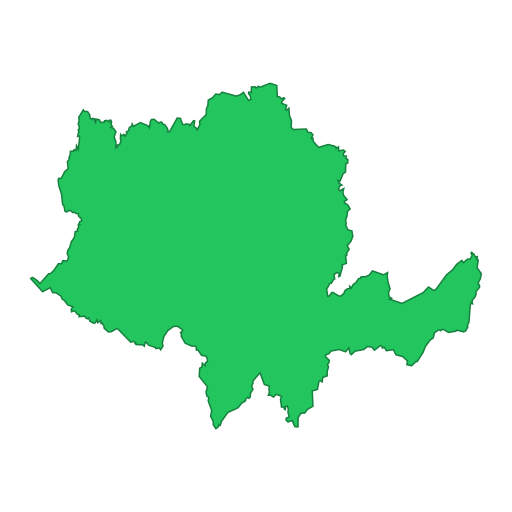 Santa María del Oro, Jalisco, Mexico
{"feature_id": "50627088B36716860134326", "entity_name": "Santa María del Oro", "entity_type": "district", "adm_level": 2, "iso_a3": "MEX", "parent_name": "Mexico", "parent_adm1": "Jalisco", "projection": "equal_earth", "projection_center": [-102.836, 19.525], "detail": "fine", "context": "isolated", "style": "filled", "palette": "green", "viewbox_px": 512, "rotation_deg": 0, "n_neighbors": 0, "source": "geoboundaries", "source_scale": "gbopen_adm2", "svg_char_len": 6004}
<svg xmlns="http://www.w3.org/2000/svg" viewBox="0 0 512 512"><path d="M475.8,291.8L479.5,287.4L479.6,285.7L478.1,283.0L480.3,278.9L481.3,273.6L477.1,267.8L478.2,260.3L477.5,259.0L476.6,259.4L477.3,256.6L475.4,257.1L474.2,254.5L471.6,252.3L471.0,253.0L472.1,255.5L470.0,259.3L467.7,259.0L463.4,262.6L461.8,260.4L456.6,264.4L452.7,269.7L446.4,275.0L436.2,289.1L433.9,290.6L428.5,287.0L423.2,292.6L402.0,303.4L389.6,299.2L391.5,298.2L389.4,297.1L388.6,294.3L388.7,291.7L390.1,289.0L388.0,282.0L387.2,276.7L387.6,272.6L383.5,274.8L372.4,270.9L369.5,274.8L365.7,276.7L361.1,276.8L360.4,278.3L358.6,278.6L355.5,283.1L353.4,284.2L351.3,287.9L349.7,286.4L350.0,288.6L347.4,288.8L344.8,290.8L343.9,293.4L340.7,296.0L339.0,296.1L333.0,292.5L331.8,292.5L329.3,296.0L327.8,296.3L326.6,289.2L329.9,283.4L331.5,283.1L333.7,279.3L334.7,279.0L334.0,274.4L337.4,272.4L339.1,273.4L338.8,276.6L339.9,276.2L342.5,266.8L342.0,265.0L346.4,263.3L345.6,255.4L346.7,255.4L347.0,252.4L349.2,249.3L347.2,245.9L351.0,241.1L352.8,236.5L351.9,230.9L348.0,229.9L345.6,225.0L346.2,223.8L345.6,219.6L347.0,216.2L347.5,211.4L350.1,208.9L347.8,205.0L344.4,202.6L344.5,201.2L347.1,199.7L343.5,195.2L342.9,191.9L343.8,188.6L339.5,190.8L338.5,189.3L339.8,185.8L341.9,185.1L339.2,183.2L338.0,180.5L339.9,181.4L343.1,173.7L345.5,172.1L345.8,163.7L347.7,163.0L347.9,159.6L345.8,158.2L346.4,156.1L343.8,156.0L343.2,153.7L345.2,151.5L343.5,150.0L338.7,150.9L338.5,146.9L336.2,148.5L336.1,147.1L334.4,146.1L328.1,144.5L318.6,147.4L313.4,141.6L312.9,138.2L311.3,138.6L312.9,134.8L311.1,132.7L308.0,132.3L306.3,129.0L293.1,129.5L291.1,127.2L291.5,120.8L289.4,115.2L288.9,108.2L286.4,110.3L285.5,109.1L286.7,105.3L281.6,103.3L281.8,101.7L284.7,98.5L283.8,97.7L281.9,98.9L279.6,96.9L277.3,96.6L276.8,85.5L270.0,83.3L260.3,87.2L258.3,86.3L256.1,88.0L255.0,86.8L251.5,86.9L251.2,92.7L248.9,92.0L248.5,93.6L250.2,95.8L251.0,99.3L248.6,100.5L243.4,92.3L240.2,94.8L236.2,96.1L222.1,92.2L219.4,94.6L215.8,94.0L212.6,97.7L208.3,100.0L207.8,105.8L206.4,108.8L206.2,114.6L199.5,121.3L199.9,124.7L197.1,129.9L196.0,127.8L193.8,126.3L194.7,120.9L193.6,120.6L189.9,125.5L189.2,124.3L186.1,123.9L184.3,124.8L182.5,124.2L180.5,118.4L177.2,118.0L169.6,131.7L167.5,131.7L168.0,130.0L166.7,127.3L164.7,124.6L162.6,124.0L162.1,122.4L160.3,122.0L158.7,123.2L154.2,119.3L151.4,119.5L150.5,120.9L149.4,127.8L147.9,125.7L140.3,122.6L133.3,126.4L132.2,124.0L131.7,126.0L129.3,127.6L128.4,130.8L126.3,132.0L126.9,133.2L125.1,136.3L123.9,134.4L121.3,135.7L120.6,134.6L120.4,139.3L121.1,140.0L119.9,144.1L117.4,145.1L117.7,146.6L115.9,147.9L115.9,141.7L114.1,136.9L116.0,131.7L113.3,128.2L110.9,127.5L112.3,126.4L110.9,124.4L111.6,122.8L111.0,120.3L109.4,120.2L109.4,121.8L106.6,120.4L104.7,120.7L104.5,122.0L100.6,122.5L99.3,119.8L96.3,119.1L95.6,122.3L94.6,120.2L95.2,119.1L92.6,118.4L91.9,119.5L90.0,117.7L89.8,115.0L87.7,111.7L84.4,111.3L83.3,109.9L78.8,117.2L79.1,120.7L78.2,124.3L79.3,126.6L79.2,128.7L78.2,129.8L78.8,131.4L77.6,136.4L79.1,136.1L79.6,137.6L78.3,149.4L76.5,145.6L76.0,150.4L74.5,149.7L73.6,150.1L73.7,151.3L70.4,151.3L70.1,155.2L68.9,157.8L69.4,159.0L67.4,161.6L68.2,168.7L64.7,171.6L61.3,178.3L58.6,178.4L58.1,180.0L58.8,185.7L61.5,193.9L62.6,204.4L64.0,206.1L65.0,211.3L66.5,212.0L69.9,210.1L72.9,212.7L74.4,212.1L76.0,213.5L78.4,213.7L78.4,215.8L81.5,219.0L81.6,220.8L79.7,221.7L78.9,223.9L79.8,224.6L78.3,224.9L78.6,227.3L77.4,229.1L77.7,231.1L75.2,231.6L74.4,237.3L71.3,241.8L69.6,247.6L67.9,250.1L67.2,253.3L68.5,257.1L67.5,260.3L66.7,261.1L62.9,260.6L61.5,263.8L58.4,263.7L53.8,270.5L50.4,273.7L48.7,273.7L39.9,283.7L38.1,281.3L33.6,278.0L32.2,277.5L30.7,278.6L42.6,291.7L50.1,287.7L52.7,292.7L56.1,292.8L61.1,296.3L62.1,299.0L64.4,300.5L67.7,304.9L72.9,306.8L71.2,309.3L71.5,311.8L73.8,310.8L75.5,311.7L77.3,314.2L79.3,314.7L79.0,316.7L84.9,316.2L85.9,318.1L87.6,318.8L88.7,318.0L89.9,321.2L93.8,323.3L95.1,323.0L97.0,319.9L97.8,322.7L100.6,320.6L101.1,323.5L102.0,323.0L104.0,326.1L104.2,328.3L108.3,331.9L111.0,331.8L117.3,328.4L130.8,342.2L133.5,341.3L135.9,343.0L135.1,343.4L136.1,344.6L142.7,344.8L144.3,346.2L145.0,342.6L145.9,342.2L149.0,345.3L155.5,347.5L155.9,348.6L159.4,348.0L160.6,349.8L163.0,346.0L162.3,343.1L163.9,336.5L167.7,330.7L173.3,326.6L175.3,326.3L177.5,326.3L182.4,329.7L182.5,330.8L180.5,332.8L181.7,333.8L181.1,336.0L185.1,343.1L191.5,346.0L195.3,346.2L196.2,346.9L196.4,350.1L197.9,349.9L201.7,355.5L205.9,356.0L207.3,359.0L207.3,361.8L205.5,362.7L205.1,365.7L202.3,363.2L201.9,367.1L199.7,368.2L199.2,376.5L207.5,386.8L206.1,391.8L206.7,395.8L208.8,397.6L208.2,400.9L211.7,410.4L210.6,416.3L213.2,421.4L213.2,424.6L215.9,428.7L218.4,426.7L219.0,424.6L220.2,425.4L221.4,421.5L227.8,412.5L238.0,407.8L241.7,403.2L245.6,400.8L245.5,399.4L247.5,397.4L248.8,398.3L250.2,397.3L250.5,393.1L253.0,389.3L251.6,386.1L253.1,382.9L252.8,381.1L260.0,372.8L264.4,384.5L269.3,386.1L268.9,389.8L269.5,391.9L268.3,395.3L270.4,395.1L273.6,397.1L276.0,394.3L281.5,396.3L280.5,399.5L281.5,407.1L284.0,406.8L284.4,409.3L285.3,409.6L285.6,406.7L287.2,406.0L288.3,408.6L288.0,412.8L289.4,416.8L286.2,418.2L285.9,419.8L288.0,422.0L292.1,420.5L294.9,426.7L298.0,426.9L298.1,417.8L300.8,413.3L304.8,413.0L307.4,409.4L312.9,406.3L312.3,390.9L317.4,389.5L319.0,381.3L320.0,380.6L322.2,381.9L322.8,377.4L327.2,375.9L327.2,371.3L328.5,366.9L327.4,364.5L329.0,362.5L329.3,360.3L325.6,356.9L325.6,354.9L329.0,353.7L330.8,351.1L339.2,349.5L345.7,351.8L348.8,348.0L350.1,353.4L351.3,354.7L355.0,351.2L363.7,349.5L367.6,346.5L372.0,347.2L374.4,350.2L380.5,345.5L382.3,346.8L382.4,348.1L384.4,347.3L386.3,350.7L393.4,349.7L396.0,354.8L402.6,356.5L407.5,361.0L406.9,364.7L411.6,365.8L416.2,361.3L417.2,361.6L423.0,352.5L425.5,346.3L430.2,340.0L433.2,337.9L434.5,332.7L438.6,329.9L440.8,330.7L442.0,329.4L444.2,329.8L448.4,332.4L455.9,331.2L456.8,330.1L463.6,331.9L465.5,331.0L467.8,327.1L467.3,325.3L468.9,322.4L470.3,305.0L471.0,303.2L472.5,303.8L472.0,300.7L475.1,296.8L476.2,293.8L475.8,291.8Z" fill="#22c55e" stroke="#15803d" stroke-width="1.5"/></svg>